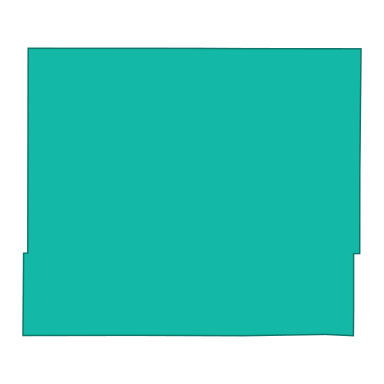 Allen, Kansas, United States of America
{"feature_id": "52423323B72287121319194", "entity_name": "Allen", "entity_type": "district", "adm_level": 2, "iso_a3": "USA", "parent_name": "United States of America", "parent_adm1": "Kansas", "projection": "natural_earth1", "projection_center": [-95.246, 37.885], "detail": "fine", "context": "isolated", "style": "filled", "palette": "teal", "viewbox_px": 384, "rotation_deg": 0, "n_neighbors": 0, "source": "geoboundaries", "source_scale": "gbopen_adm2", "svg_char_len": 316}
<svg xmlns="http://www.w3.org/2000/svg" viewBox="0 0 384 384"><path d="M353.4,335.7L353.6,308.5L353.6,253.6L359.7,253.6L359.8,171.8L361.0,48.8L250.1,48.7L194.0,48.4L28.2,48.3L27.8,253.2L23.6,253.2L23.0,335.5L133.8,335.3L243.2,335.7L325.5,334.4L353.4,335.7Z" fill="#14b8a6" stroke="#0f766e" stroke-width="1.5"/></svg>